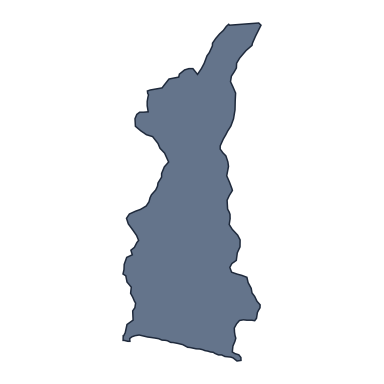 the district of Pyrgos Lemesou, Limassol, Cyprus
{"feature_id": "46923920B45908077998395", "entity_name": "Pyrgos Lemesou", "entity_type": "district", "adm_level": 2, "iso_a3": "CYP", "parent_name": "Cyprus", "parent_adm1": "Limassol", "projection": "orthographic", "projection_center": [33.184, 34.741], "detail": "fine", "context": "isolated", "style": "filled", "palette": "slate", "viewbox_px": 384, "rotation_deg": 0, "n_neighbors": 0, "source": "geoboundaries", "source_scale": "gbopen_adm2", "svg_char_len": 2488}
<svg xmlns="http://www.w3.org/2000/svg" viewBox="0 0 384 384"><path d="M228.7,24.3L226.4,26.3L223.4,30.4L219.6,33.9L215.7,38.5L212.5,43.2L212.4,45.9L209.3,52.6L207.0,55.8L204.2,63.3L201.4,68.6L197.5,74.4L192.9,68.6L188.9,68.6L184.6,69.9L179.4,74.1L178.7,77.1L169.0,79.0L164.2,85.1L162.1,87.9L154.7,89.2L150.2,90.0L147.4,91.0L147.7,93.4L148.5,94.8L147.9,97.4L147.2,101.4L147.2,105.8L148.2,111.8L143.7,112.2L139.7,112.2L136.8,114.4L135.0,118.7L135.4,126.3L140.9,130.9L146.4,134.7L152.6,136.6L158.0,143.5L160.0,148.3L164.6,153.1L168.6,162.0L164.3,166.9L161.6,173.5L161.6,177.1L158.0,183.0L157.5,186.2L155.7,190.0L151.5,194.7L150.1,197.6L149.0,201.8L146.2,206.0L140.5,209.4L135.5,211.2L129.4,214.0L126.5,218.3L128.3,223.9L133.0,230.3L136.6,235.5L138.6,240.4L136.9,242.5L134.4,247.4L130.9,250.2L132.3,254.8L126.7,257.4L124.2,264.4L124.0,269.6L123.0,274.0L125.8,275.8L127.0,282.0L131.3,287.2L130.6,293.3L132.7,297.1L134.4,301.1L135.6,303.1L134.9,307.7L132.7,310.9L133.1,320.1L127.0,324.5L125.2,332.8L123.4,336.2L123.2,336.1L123.1,340.4L124.2,340.4L127.8,341.3L129.9,341.3L129.7,338.5L131.9,336.8L135.0,335.7L139.2,335.0L147.6,337.0L151.3,337.5L154.7,338.0L158.7,338.7L162.0,340.1L165.2,340.3L167.4,340.7L170.7,342.4L173.1,342.5L177.7,343.4L182.7,344.6L187.7,347.3L189.2,347.4L191.0,347.7L196.0,348.8L199.8,349.0L202.7,349.7L204.9,350.6L207.7,351.1L210.6,352.0L213.3,352.3L214.7,353.3L218.4,354.9L221.6,354.9L224.9,356.5L227.9,356.8L230.8,357.1L233.1,357.9L237.0,361.0L241.0,360.4L240.9,357.5L238.8,354.8L235.0,353.6L232.3,352.0L232.9,346.1L234.9,341.4L235.8,338.2L235.0,335.4L234.5,332.1L234.3,328.0L236.6,323.8L239.5,320.5L243.4,319.8L246.9,320.2L251.7,320.2L254.7,320.7L256.5,318.3L257.4,312.5L258.6,310.1L260.0,307.8L260.1,304.8L257.0,301.3L254.7,296.5L252.0,292.9L251.2,288.3L248.1,282.6L246.9,277.3L241.9,275.4L237.1,274.1L231.6,272.2L229.8,267.4L231.9,263.5L236.3,260.4L237.3,252.8L240.0,246.9L240.1,239.9L237.7,235.2L232.2,229.3L229.2,224.5L230.1,218.7L230.0,214.4L229.2,212.1L227.6,209.1L227.1,200.2L229.4,195.3L232.4,190.5L231.9,188.6L229.4,182.0L226.7,175.8L228.5,166.4L227.9,162.0L225.9,155.9L222.7,152.6L220.2,149.1L220.2,145.9L223.3,139.0L225.7,134.9L227.8,130.8L228.5,129.8L230.9,126.0L233.5,118.9L235.0,109.9L235.2,101.1L235.6,93.1L232.9,86.8L230.5,81.7L231.4,76.1L234.1,72.0L236.4,68.0L236.6,63.2L239.7,58.0L246.1,50.5L252.0,45.4L252.4,43.3L253.4,41.0L255.5,36.2L258.6,30.0L261.0,25.2L258.7,23.0L229.5,25.2L228.7,24.3Z" fill="#64748b" stroke="#1e293b" stroke-width="1.5"/></svg>